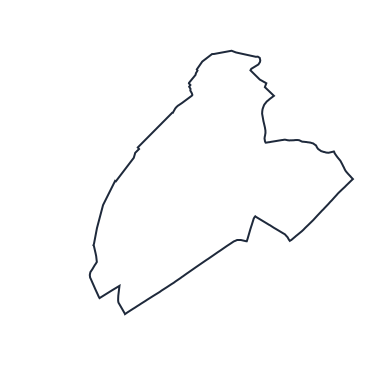 Shu'ub, Amanat Al Asimah, Yemen (Natural Earth projection), rotated 233°
{"feature_id": "15242507B29065009809939", "entity_name": "Shu'ub", "entity_type": "district", "adm_level": 2, "iso_a3": "YEM", "parent_name": "Yemen", "parent_adm1": "Amanat Al Asimah", "projection": "natural_earth1", "projection_center": [44.222, 15.387], "detail": "fine", "context": "isolated", "style": "outline", "palette": "slate", "viewbox_px": 384, "rotation_deg": 233, "n_neighbors": 0, "source": "geoboundaries", "source_scale": "gbopen_adm2", "svg_char_len": 3909}
<svg xmlns="http://www.w3.org/2000/svg" viewBox="0 0 384 384"><g transform="rotate(233 192 192)"><path d="M137.5,329.3L138.0,329.6L139.0,329.7L139.2,329.1L139.7,328.0L141.0,325.0L141.2,324.6L142.4,323.3L142.6,323.0L144.4,321.7L144.6,321.4L145.2,321.0L146.6,320.0L147.0,319.7L147.4,319.6L148.1,319.4L148.6,319.2L150.5,318.6L151.0,318.6L151.4,318.6L153.3,318.8L154.5,319.1L155.2,318.8L155.6,318.7L157.1,318.2L157.7,318.1L159.3,316.9L160.3,316.2L160.7,315.8L160.9,315.5L161.2,315.3L162.3,314.1L162.7,313.8L165.4,310.9L165.6,310.6L166.2,310.1L168.6,308.9L169.0,308.6L169.4,308.2L170.3,307.2L170.7,306.6L171.6,305.3L171.7,305.0L172.3,304.1L173.5,302.4L174.0,301.7L174.5,301.0L174.7,300.6L175.3,300.1L175.7,299.6L176.2,299.2L177.6,298.0L178.0,297.5L178.4,296.9L178.8,296.0L179.4,295.0L181.4,291.2L181.7,290.6L184.4,285.5L184.6,285.1L185.1,284.0L185.6,283.2L186.9,280.7L187.1,280.5L187.6,280.6L188.6,280.8L189.5,281.3L190.2,281.7L190.8,281.9L192.4,283.4L193.0,284.2L193.4,284.6L194.2,285.4L194.9,286.2L195.8,286.8L196.2,287.1L196.5,287.4L197.8,288.1L199.7,289.1L204.9,291.4L205.2,291.5L212.3,295.1L212.7,295.4L213.7,296.3L214.0,296.5L215.4,297.9L215.6,298.1L216.7,299.7L217.5,301.0L218.0,301.7L218.5,303.1L218.8,304.4L219.3,306.2L219.3,307.0L219.4,309.0L219.5,309.8L219.5,310.8L219.5,315.3L231.9,313.3L234.1,316.8L241.0,313.8L254.0,311.9L254.7,313.5L254.6,314.4L253.9,321.8L254.9,324.5L256.0,325.7L258.3,326.8L259.2,326.5L260.5,326.0L261.4,324.6L261.5,324.4L274.3,313.4L277.0,311.1L281.0,308.6L289.0,292.6L290.1,291.0L290.0,278.7L288.5,274.2L287.0,269.6L285.7,269.5L284.5,266.6L283.4,265.3L281.0,255.4L280.6,254.9L278.4,255.1L277.8,253.1L275.3,252.9L274.0,251.7L271.0,251.3L269.3,250.7L269.0,249.8L269.1,237.5L269.3,233.7L269.4,232.7L269.2,230.7L268.8,228.9L267.1,225.0L266.8,224.4L267.2,223.9L260.2,175.5L258.2,175.6L257.6,171.3L257.5,170.6L257.3,169.9L256.8,169.4L254.3,166.0L253.9,164.5L246.4,137.8L246.3,137.5L246.8,137.0L247.0,137.0L235.1,113.1L220.3,94.3L209.4,82.3L208.8,81.2L208.2,81.3L201.5,78.3L198.5,76.9L193.4,73.9L192.6,71.9L192.1,70.3L191.6,69.1L190.2,65.7L189.2,62.7L188.2,61.5L187.2,60.4L184.9,59.1L184.2,59.0L182.8,58.7L180.3,58.1L174.3,56.7L173.5,56.5L167.1,55.1L164.5,54.5L162.9,54.3L161.6,69.0L160.7,77.6L160.4,77.3L153.3,70.5L152.5,69.9L152.2,69.6L149.8,67.7L149.1,67.3L147.9,66.7L145.3,66.4L138.7,65.6L138.1,65.5L135.5,65.2L134.8,65.0L134.7,67.9L134.2,74.6L134.0,76.6L133.8,79.8L133.6,81.9L133.5,83.9L133.0,89.7L133.0,90.4L132.4,97.7L132.2,99.9L131.7,105.1L131.6,106.4L131.6,106.7L131.6,108.3L131.1,114.6L130.8,119.3L130.8,119.6L130.5,122.8L130.5,124.9L130.2,130.9L130.2,132.9L130.1,134.3L130.1,135.2L130.0,139.0L129.9,141.0L129.9,141.7L129.8,144.1L129.6,149.5L129.3,156.5L129.1,161.0L129.0,163.2L128.9,164.2L128.7,168.7L128.4,176.5L128.2,179.6L128.0,184.8L127.9,187.3L127.6,191.8L127.4,195.4L127.3,196.0L127.0,197.0L126.5,199.2L125.2,200.9L124.2,202.2L121.8,204.2L120.1,205.6L119.7,206.1L121.3,208.4L124.9,213.2L126.7,215.6L127.3,216.4L129.0,218.8L129.6,219.7L131.9,222.9L132.6,223.9L133.5,225.1L134.2,226.6L134.5,227.9L133.7,228.1L127.2,230.7L122.0,232.8L119.2,233.9L118.7,234.2L116.2,235.1L113.5,236.1L113.1,236.3L109.7,237.7L104.5,239.8L102.4,240.7L101.7,240.8L101.3,240.8L99.2,241.0L98.2,241.1L97.1,240.9L95.4,240.7L94.1,240.7L94.1,241.6L93.9,242.3L94.2,247.7L94.3,248.8L94.3,249.6L94.5,254.5L94.6,256.6L94.7,257.0L94.7,257.6L95.0,259.6L95.1,260.0L95.5,263.1L95.6,264.1L96.5,271.1L96.6,271.9L97.6,277.3L97.7,277.8L98.5,282.5L98.9,284.7L99.1,286.5L99.4,288.0L100.1,292.3L100.4,294.1L100.5,294.5L100.9,296.5L101.2,298.6L101.9,302.1L102.7,306.4L102.9,307.1L103.2,309.1L103.5,311.8L103.6,312.4L104.1,317.3L104.4,319.2L105.3,326.3L105.5,328.3L108.1,328.0L108.5,328.0L112.3,327.6L115.1,327.4L116.3,327.4L116.8,327.4L118.6,327.7L120.4,328.1L121.8,328.3L123.2,328.6L123.8,328.7L127.6,329.3L132.0,329.1L133.5,329.1L136.3,329.2L137.5,329.3Z" fill="none" stroke="#1e293b" stroke-width="2"/></g></svg>